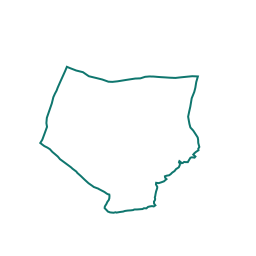 outline of Nrokwia-Wesldow, Grand Kru, Liberia, rotated 154°
{"feature_id": "62588387B98873845016712", "entity_name": "Nrokwia-Wesldow", "entity_type": "district", "adm_level": 2, "iso_a3": "LBR", "parent_name": "Liberia", "parent_adm1": "Grand Kru", "projection": "albers", "projection_center": [-8.32, 4.821], "detail": "fine", "context": "isolated", "style": "outline", "palette": "teal", "viewbox_px": 256, "rotation_deg": 154, "n_neighbors": 0, "source": "geoboundaries", "source_scale": "gbopen_adm2", "svg_char_len": 1998}
<svg xmlns="http://www.w3.org/2000/svg" viewBox="0 0 256 256"><g transform="rotate(154 128 128)"><path d="M213.4,153.0L212.6,151.3L211.1,148.4L209.1,145.8L207.5,143.2L206.5,139.7L205.2,136.8L203.6,133.1L202.8,129.8L200.9,126.2L197.3,119.3L196.3,117.3L195.8,115.9L193.5,111.4L193.3,110.0L191.4,105.4L189.8,101.0L189.3,99.7L187.7,95.7L187.1,94.6L185.2,91.2L184.7,90.1L181.2,86.4L180.9,85.8L177.2,80.8L175.9,78.4L175.1,77.3L174.0,76.4L174.4,75.1L175.6,73.0L177.0,71.6L178.7,70.8L181.1,68.9L182.2,68.3L183.3,67.5L184.1,66.3L183.6,64.6L183.3,63.8L182.7,61.7L181.1,60.0L178.2,58.2L176.1,57.7L175.4,57.0L172.3,56.1L168.9,55.0L167.2,54.8L164.7,54.0L161.7,52.8L159.4,52.0L158.1,52.0L155.8,50.9L151.5,49.2L150.5,48.8L148.9,48.9L146.6,47.7L146.1,47.9L144.5,48.3L142.7,47.9L140.7,47.3L139.2,46.2L137.3,46.5L137.7,48.6L136.9,50.5L135.6,51.2L134.7,52.3L134.3,53.9L133.5,54.7L132.3,56.4L130.7,58.5L128.2,61.1L127.5,62.2L127.6,65.1L126.7,66.4L124.6,65.0L121.9,64.6L119.1,64.3L115.8,65.2L116.4,67.1L116.0,68.4L114.2,68.2L111.8,67.5L109.9,67.8L107.9,68.5L105.1,68.9L102.8,70.0L99.6,70.4L97.8,71.9L97.0,73.0L97.2,74.9L96.3,75.7L95.7,74.6L95.1,72.8L93.9,72.6L92.4,72.9L91.4,72.2L89.2,71.1L87.3,72.4L84.9,73.9L83.5,73.7L81.8,72.6L81.2,72.2L79.9,72.8L81.0,75.5L79.7,76.1L77.6,76.7L74.4,77.1L74.0,78.5L72.2,79.7L71.4,83.8L70.2,86.5L69.5,88.9L69.9,92.4L70.5,97.1L71.7,101.1L71.0,104.8L69.0,111.8L66.6,114.9L66.0,115.7L62.7,119.8L57.7,126.8L52.6,131.4L49.8,134.7L46.5,139.4L42.6,143.7L43.1,144.0L47.6,146.4L52.4,148.2L58.9,150.6L63.4,152.2L68.6,155.0L72.6,157.3L76.7,159.6L82.6,163.1L86.3,165.0L90.2,166.5L95.1,167.2L99.9,169.3L108.2,171.9L113.5,173.5L116.8,174.5L121.8,176.3L125.3,178.2L129.9,182.9L134.2,186.5L140.5,191.7L142.2,194.7L144.0,197.9L149.5,202.5L150.1,203.2L154.2,207.6L156.1,209.8L159.6,206.7L169.0,198.9L173.6,195.0L175.8,192.9L178.6,190.9L181.6,188.4L185.7,183.5L190.5,178.7L196.5,172.7L199.2,168.2L200.3,164.5L205.9,159.1L210.2,155.0L213.4,153.0Z" fill="none" stroke="#0f766e" stroke-width="2"/></g></svg>